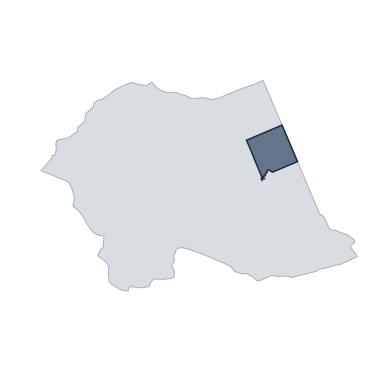 Kalangala on a map of Uganda (Albers equal-area conic projection), rotated 247°
{"feature_id": "UGA-2631", "entity_name": "Kalangala", "entity_type": "District", "adm_level": 1, "iso_a3": "UGA", "parent_name": "Uganda", "parent_adm1": "", "projection": "albers", "projection_center": [32.167, -0.565], "detail": "fine", "context": "in_parent", "style": "filled", "palette": "slate", "viewbox_px": 384, "rotation_deg": 247, "n_neighbors": 0, "source": "natural_earth", "source_scale": "10m", "svg_char_len": 2868}
<svg xmlns="http://www.w3.org/2000/svg" viewBox="0 0 384 384"><g transform="rotate(247 192 192)"><path d="M267.0,301.0L262.0,301.0L253.8,301.0L245.6,301.0L237.4,301.0L229.2,301.0L221.1,301.0L212.9,301.0L204.7,301.0L196.5,301.0L188.4,301.0L180.2,301.0L172.0,301.0L163.8,301.0L155.6,301.0L147.5,301.0L139.3,301.0L131.1,301.0L126.3,301.0L125.3,300.9L124.6,300.7L121.5,301.3L118.4,303.3L115.0,304.1L111.3,303.8L110.9,304.0L109.0,304.0L106.4,303.8L104.0,304.4L102.2,306.1L100.3,309.2L97.0,312.6L94.3,315.7L92.1,317.9L87.0,321.5L84.2,322.6L82.9,322.4L82.0,321.8L80.4,317.2L79.4,316.4L69.5,318.8L68.0,318.9L68.1,317.4L67.4,306.6L67.3,300.0L68.5,295.8L69.3,291.0L69.4,286.8L71.2,279.6L70.5,275.3L72.8,260.2L73.4,257.8L74.3,250.5L75.8,248.2L77.1,247.3L78.8,242.9L82.0,235.7L84.3,232.0L83.8,224.0L84.1,218.5L84.6,217.3L89.4,215.3L95.7,210.2L98.3,204.3L102.0,200.5L109.2,198.0L109.3,198.0L130.6,177.6L140.6,166.6L144.9,161.0L145.1,159.0L145.9,156.3L144.2,154.2L142.1,152.4L141.4,150.6L139.6,149.8L137.1,149.8L135.4,148.6L133.4,146.1L131.5,144.5L125.4,144.7L120.7,142.2L120.8,138.7L122.6,131.9L126.2,124.2L126.3,122.1L125.8,120.2L125.0,118.7L123.4,117.1L121.9,115.3L123.0,109.7L125.3,104.3L127.1,101.5L128.9,98.5L128.4,96.0L125.8,94.7L127.1,92.3L129.9,88.2L135.4,84.0L140.2,81.2L143.4,81.2L149.7,83.4L155.4,86.0L158.5,86.1L162.2,85.1L170.1,80.4L171.9,81.9L174.2,84.7L176.7,89.3L181.6,91.5L184.0,92.9L185.7,93.4L186.6,93.0L188.5,89.3L190.7,87.3L194.9,84.8L204.1,82.8L210.7,82.2L213.4,81.8L218.1,80.6L225.5,76.9L232.7,81.7L240.6,82.7L248.2,82.6L250.5,81.2L251.8,80.0L259.9,72.1L270.7,61.4L277.9,76.5L280.4,77.4L280.0,78.8L279.4,80.0L284.1,83.7L289.9,85.6L292.0,87.5L292.2,89.5L290.2,98.4L290.6,100.9L292.4,109.8L295.9,111.8L298.9,120.7L305.1,124.5L306.0,125.6L307.4,130.0L309.3,134.7L310.8,135.8L311.7,136.1L313.5,141.2L312.4,144.0L313.8,152.6L316.1,160.3L316.7,169.5L316.7,173.5L316.7,176.0L316.1,179.5L315.0,181.5L313.0,183.5L310.8,186.6L308.9,189.9L307.7,191.5L308.6,196.5L308.4,197.8L307.9,198.4L305.1,199.2L301.5,200.5L299.3,201.8L296.3,204.4L293.8,207.1L290.5,215.1L285.0,221.3L284.1,223.4L279.0,227.1L276.7,231.7L275.2,237.4L273.2,241.4L268.9,246.9L267.9,255.7L268.0,273.2L266.8,293.2L267.0,301.0Z" fill="#d9dde1" stroke="#a8b0b8" stroke-width="1"/><path d="M212.6,301.0L204.3,301.0L195.9,301.0L187.5,301.0L179.0,301.0L178.8,301.0L178.8,290.5L178.8,273.9L179.8,273.1L180.7,272.5L181.8,271.9L182.5,271.0L182.4,269.8L181.1,269.2L180.8,268.4L180.4,267.7L180.0,267.2L179.9,266.9L179.8,266.5L179.7,266.2L179.4,266.1L179.0,266.1L178.7,266.1L178.5,265.9L178.2,265.5L178.5,264.3L178.5,263.6L178.1,263.3L177.6,263.3L176.0,263.9L176.4,262.0L176.7,261.3L176.4,261.3L175.7,261.0L176.5,260.7L177.7,261.7L179.3,262.1L190.8,262.2L197.3,262.2L202.1,262.4L207.3,262.4L218.4,262.4L218.4,276.1L218.4,301.0L212.7,301.0L212.6,301.0Z" fill="#64748b" stroke="#1e293b" stroke-width="1.5"/></g></svg>